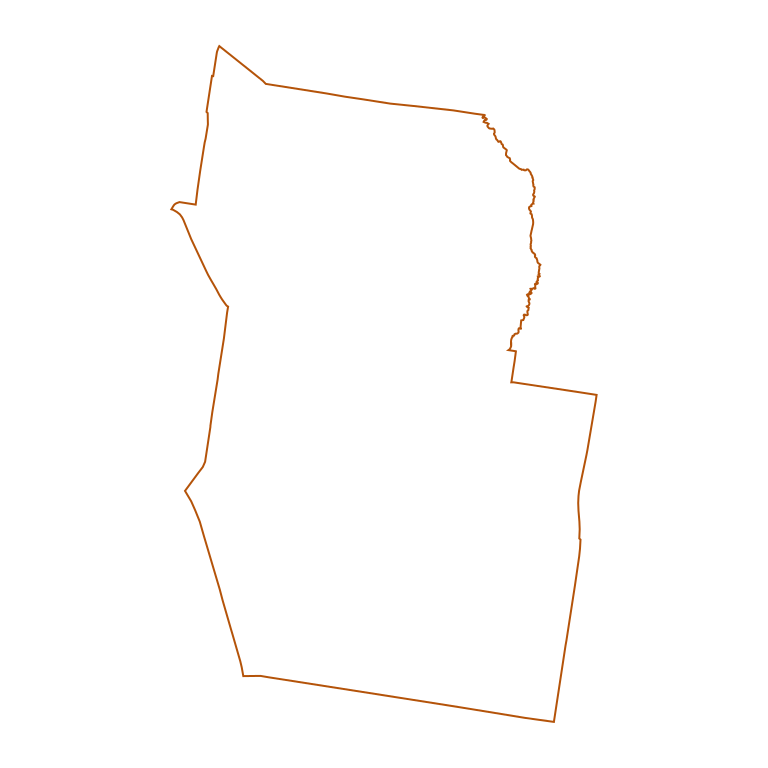 Greater Dandenong, Victoria, Australia
{"feature_id": "25037944B63075132073997", "entity_name": "Greater Dandenong", "entity_type": "district", "adm_level": 2, "iso_a3": "AUS", "parent_name": "Australia", "parent_adm1": "Victoria", "projection": "mercator", "projection_center": [145.221, -38.001], "detail": "fine", "context": "isolated", "style": "outline", "palette": "amber", "viewbox_px": 768, "rotation_deg": 0, "n_neighbors": 0, "source": "geoboundaries", "source_scale": "gbopen_adm2", "svg_char_len": 5972}
<svg xmlns="http://www.w3.org/2000/svg" viewBox="0 0 768 768"><path d="M519.3,168.7L512.1,162.8L511.5,162.4L510.1,161.0L510.0,160.5L510.1,159.5L509.9,158.8L509.8,158.3L507.3,156.9L506.6,155.8L506.0,155.1L506.0,154.2L506.1,153.0L506.8,150.2L506.2,149.5L503.4,147.4L503.2,147.0L502.8,144.9L502.7,144.6L501.7,144.1L501.1,142.4L500.9,142.2L500.9,141.9L500.7,141.5L500.3,141.2L500.0,141.2L498.8,141.8L498.4,141.8L497.3,140.2L496.8,139.6L496.5,139.5L496.2,139.1L495.9,138.4L495.7,137.2L495.4,136.3L494.6,135.2L494.3,134.9L494.0,134.1L494.0,133.6L494.5,132.9L494.7,132.3L494.5,130.1L494.3,129.6L494.1,129.3L493.1,128.5L492.3,128.8L491.4,128.7L489.7,128.5L489.0,128.2L487.6,126.6L487.4,126.0L487.4,125.6L487.5,125.3L488.6,123.9L487.2,123.0L486.5,122.8L485.5,122.7L483.6,121.9L483.7,121.6L484.0,121.2L484.2,120.7L484.8,120.0L485.8,120.0L486.3,119.8L486.7,119.4L486.7,119.1L486.7,118.9L486.4,118.8L486.0,118.3L484.7,117.5L484.3,117.5L483.0,118.0L482.7,117.9L482.5,117.6L482.6,117.3L482.9,116.7L483.2,116.4L484.0,116.0L484.4,115.7L484.7,115.2L484.1,114.9L483.1,114.9L482.9,114.8L474.8,113.7L453.4,110.4L413.6,106.0L390.2,103.6L362.8,99.3L345.1,96.7L326.8,93.5L265.8,83.9L262.9,80.9L219.3,46.1L218.8,47.0L217.1,51.4L216.8,52.8L213.2,76.1L212.0,75.9L206.5,111.9L207.7,113.1L207.8,119.9L207.9,123.6L207.9,124.6L205.6,138.7L204.7,142.4L204.0,146.6L200.2,170.8L197.5,189.7L195.7,204.6L179.5,202.1L176.5,203.2L175.4,203.8L174.3,204.7L173.7,205.5L172.8,206.9L171.4,209.3L173.1,209.8L176.9,212.0L179.9,214.4L182.1,217.4L183.5,220.1L191.2,239.1L206.1,270.8L208.1,274.9L211.3,280.6L213.3,284.0L216.3,289.2L219.2,294.7L220.8,297.4L222.2,299.6L226.0,304.9L226.7,305.7L227.4,306.2L228.1,306.6L227.1,312.6L223.9,338.5L218.3,373.9L217.6,379.6L212.3,412.2L210.4,425.9L210.4,426.9L205.1,461.8L202.8,467.0L198.2,473.0L185.0,490.9L191.2,501.3L195.1,510.1L199.8,521.7L203.9,536.0L219.8,589.6L222.6,600.3L231.2,630.0L232.4,634.0L240.3,661.3L241.7,667.2L243.3,676.1L260.5,675.9L268.7,677.3L397.9,697.5L460.1,707.3L525.1,717.9L553.9,721.9L565.6,645.1L566.4,640.7L574.9,585.8L579.2,556.3L580.0,548.7L580.5,539.6L579.3,538.5L579.7,529.3L579.4,521.6L578.5,510.8L578.2,503.0L578.5,496.1L579.1,490.7L580.8,482.0L586.5,454.8L587.4,450.1L595.6,401.8L596.6,394.9L579.1,392.2L518.7,383.1L513.5,382.3L511.3,382.3L511.5,381.4L513.6,367.4L514.6,361.2L515.9,351.4L515.5,351.3L515.5,351.2L508.5,350.1L509.6,349.3L510.0,348.7L510.5,347.8L511.1,346.4L511.2,345.3L511.2,343.9L511.0,344.0L511.0,342.0L511.1,340.6L511.2,339.8L511.5,338.8L511.8,338.0L512.0,337.6L512.4,337.3L512.5,336.9L512.4,336.4L512.6,335.9L512.8,335.8L513.6,335.8L514.0,335.6L514.3,335.2L514.4,334.4L515.1,333.9L515.7,333.7L516.8,333.7L517.2,333.6L517.9,333.1L518.4,332.6L518.6,331.8L518.4,329.9L518.5,329.5L518.6,328.8L518.8,328.4L519.2,328.3L519.5,328.2L520.3,328.7L520.6,328.7L521.0,328.6L521.0,328.3L520.6,327.6L520.6,326.8L521.2,320.4L523.3,320.0L524.3,317.5L524.2,316.5L523.7,315.4L523.7,315.2L524.0,314.7L524.8,314.6L525.1,314.7L526.0,315.2L526.7,315.2L527.4,315.1L527.7,314.8L527.8,314.5L527.4,312.2L527.4,311.1L527.6,310.8L528.4,310.0L528.5,308.8L528.7,307.7L528.1,307.4L527.0,306.8L526.8,306.6L526.7,306.4L527.0,306.2L527.6,306.2L528.0,306.0L529.0,305.0L529.4,303.9L529.4,303.4L529.3,302.9L528.6,301.4L528.6,300.9L528.7,300.4L528.6,300.0L528.7,299.9L528.9,299.7L529.6,299.6L529.8,299.2L529.7,299.0L529.3,299.0L529.0,298.8L528.8,297.5L528.5,296.7L528.4,296.5L527.8,296.3L527.2,295.2L527.0,294.8L527.2,294.6L527.6,294.3L528.5,294.6L529.1,294.6L530.8,293.8L531.5,293.2L531.5,292.8L530.8,292.3L530.6,292.3L530.2,292.8L529.8,293.1L529.5,293.2L529.2,293.1L529.3,292.8L529.9,291.6L530.3,291.2L531.1,290.8L531.4,290.3L531.5,289.9L531.3,289.6L530.6,289.1L530.5,288.8L531.1,288.7L531.9,289.2L532.2,289.1L532.9,288.5L533.4,288.2L534.0,288.2L534.8,288.8L535.1,288.7L535.4,288.5L535.5,288.3L535.5,288.1L535.1,287.3L535.2,286.8L535.2,285.8L535.5,284.9L535.3,284.6L535.0,284.4L535.1,283.9L535.6,283.7L536.5,284.0L536.9,284.0L537.6,283.6L537.8,283.3L537.8,283.0L537.7,282.6L537.3,282.3L536.8,282.1L536.6,282.0L536.6,281.7L536.8,281.4L538.0,280.3L538.0,280.0L537.6,279.2L538.0,278.0L538.0,277.6L537.8,276.8L537.8,276.4L538.1,276.4L539.3,276.7L539.6,276.5L539.8,276.3L539.5,275.6L539.3,274.9L538.6,274.2L538.8,274.0L539.3,273.7L539.0,273.4L538.7,272.7L538.8,271.7L539.1,270.6L539.0,270.2L539.2,269.3L539.4,268.9L539.4,268.2L539.2,266.8L539.3,266.5L539.7,265.5L540.2,265.2L540.4,264.8L539.1,263.7L538.2,263.1L537.7,262.5L537.4,261.6L537.3,260.4L536.7,258.9L536.7,258.4L535.4,257.4L535.0,256.9L534.9,255.8L535.2,255.3L535.0,254.4L534.8,254.1L534.3,253.8L533.5,252.9L533.2,252.7L532.7,252.6L532.5,252.3L531.7,251.0L531.6,250.5L531.7,250.1L531.6,249.9L531.2,249.5L531.0,248.9L530.5,248.1L530.8,247.3L530.6,246.3L530.9,245.9L530.6,244.4L530.7,243.9L531.0,243.2L531.1,242.8L531.1,242.3L531.1,241.4L531.4,240.8L531.2,239.6L531.1,238.4L530.5,235.9L530.5,235.6L531.3,232.0L531.5,230.9L531.8,229.8L533.1,224.1L533.2,222.3L533.0,219.9L532.7,218.8L532.1,217.7L532.0,217.0L532.0,215.9L531.7,214.5L531.6,214.2L531.0,213.9L530.6,213.7L530.4,213.4L530.4,213.2L530.9,211.7L530.9,211.4L529.4,209.6L529.2,209.1L529.0,208.3L529.1,207.3L529.4,206.9L530.0,206.5L531.1,206.2L531.5,206.0L531.5,205.8L531.2,205.1L531.3,204.8L532.6,203.7L533.5,203.6L533.1,202.3L533.7,200.9L533.3,200.0L533.8,199.2L533.7,198.8L533.8,198.5L534.2,197.8L534.6,197.1L534.8,196.7L534.7,196.5L534.5,196.3L533.6,195.9L533.2,195.3L533.1,195.0L533.2,194.4L533.9,193.3L534.1,192.7L534.3,191.3L534.1,190.4L534.6,189.3L534.7,188.1L534.7,187.5L534.6,187.2L533.6,186.6L533.4,186.1L533.3,185.1L533.4,184.5L533.3,184.4L532.7,181.2L532.8,180.8L533.2,180.3L533.2,179.7L532.6,178.1L532.4,177.8L532.6,177.6L532.2,176.3L531.6,175.1L531.2,174.6L531.1,174.2L530.8,173.9L530.6,172.7L530.0,171.8L529.5,171.3L528.8,170.3L528.2,169.6L527.6,169.4L526.9,169.4L526.5,169.7L526.0,170.2L525.7,170.3L524.5,170.3L523.9,170.1L523.7,169.7L522.8,169.7L521.6,169.8L521.1,169.2L519.3,168.7Z" fill="none" stroke="#b45309" stroke-width="2"/></svg>